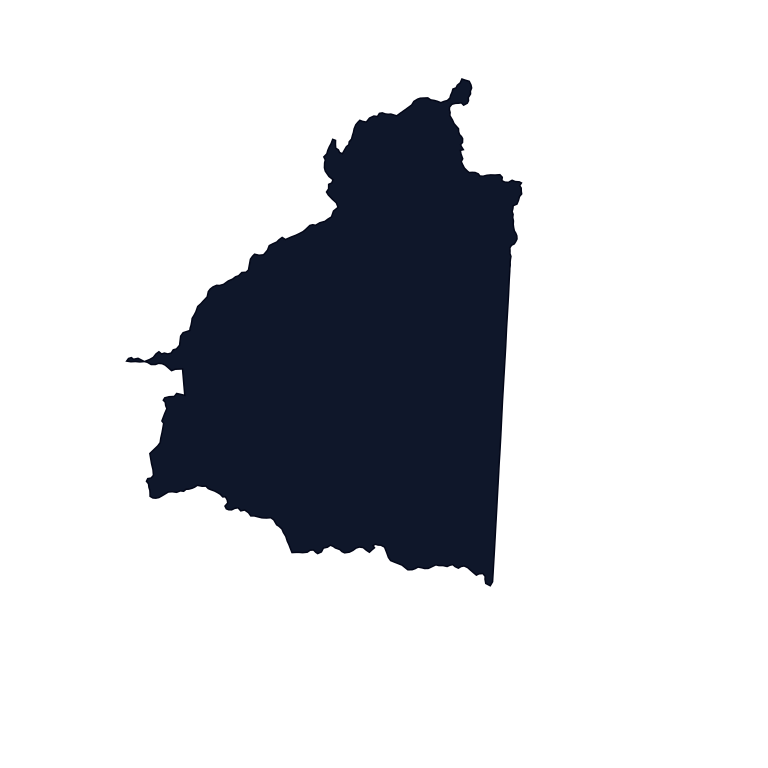 Aceguá, Rio Grande do Sul, Brazil, rotated 232°
{"feature_id": "56859067B24209347945179", "entity_name": "Aceguá", "entity_type": "district", "adm_level": 2, "iso_a3": "BRA", "parent_name": "Brazil", "parent_adm1": "Rio Grande do Sul", "projection": "orthographic", "projection_center": [-54.091, -31.693], "detail": "fine", "context": "isolated", "style": "filled", "palette": "ink", "viewbox_px": 768, "rotation_deg": 232, "n_neighbors": 0, "source": "geoboundaries", "source_scale": "gbopen_adm2", "svg_char_len": 5104}
<svg xmlns="http://www.w3.org/2000/svg" viewBox="0 0 768 768"><g transform="rotate(232 384 384)"><path d="M549.2,209.0L546.8,210.9L542.7,212.5L540.1,215.9L539.1,219.0L536.6,221.7L533.6,223.2L530.3,223.9L525.3,224.8L524.1,228.7L521.8,231.9L519.9,234.5L497.7,220.0L500.8,217.6L504.2,214.8L503.3,211.1L506.3,206.8L508.1,202.7L507.1,200.1L504.3,200.4L501.3,198.6L498.3,197.8L495.9,193.3L491.6,186.2L488.7,186.2L486.8,184.1L484.7,181.8L482.4,179.2L478.7,174.7L475.6,171.5L474.5,167.5L473.4,156.7L464.4,151.8L458.7,149.2L454.0,146.1L453.3,142.5L454.9,139.6L453.6,136.9L450.4,137.0L447.2,135.1L444.3,134.0L442.0,132.4L439.5,130.5L436.5,131.7L434.5,133.9L433.1,136.7L432.6,140.0L432.2,143.2L431.7,147.5L429.5,150.8L426.3,153.9L425.2,157.7L422.8,160.1L422.9,163.2L421.3,165.5L420.0,168.6L419.3,171.3L419.1,174.5L415.3,177.8L413.2,180.8L409.8,181.1L407.3,182.5L404.0,184.6L401.1,185.9L397.9,187.1L394.3,187.4L392.8,189.6L389.3,189.1L386.5,187.7L385.7,183.5L382.7,182.9L380.5,184.2L378.6,186.5L377.9,189.8L376.3,192.8L372.2,193.0L370.5,196.6L366.0,198.0L362.1,197.8L360.0,200.5L357.0,202.8L353.7,205.4L350.8,208.8L348.3,212.5L344.8,213.5L342.1,213.1L339.1,212.7L336.7,213.6L332.6,214.3L329.0,213.3L324.4,212.8L319.6,211.0L316.0,210.2L312.8,209.2L307.8,207.7L305.9,210.4L303.8,213.2L301.2,216.0L298.7,220.0L298.5,223.6L296.5,226.3L293.5,226.6L291.2,227.3L290.2,231.3L292.0,235.2L290.2,239.0L290.0,242.5L287.3,244.0L284.8,244.7L280.7,247.3L277.8,247.7L275.2,249.0L272.8,253.2L272.0,257.0L271.9,261.0L270.7,264.2L267.9,266.9L264.0,267.7L260.4,268.9L260.7,272.4L260.8,275.7L263.5,275.8L263.0,278.6L260.8,280.1L258.9,282.3L255.1,284.0L249.4,282.3L244.6,280.7L240.8,280.5L237.3,282.5L233.6,284.7L230.2,286.7L227.1,287.4L222.9,288.4L220.3,291.9L219.3,294.9L218.8,298.1L215.7,300.8L213.6,302.4L211.4,305.4L210.5,309.4L209.6,313.5L207.2,315.4L204.6,318.7L201.3,321.4L200.6,324.4L199.3,327.0L196.3,327.6L193.1,329.2L192.7,332.4L191.3,335.1L187.8,336.9L184.4,337.5L180.3,338.3L176.5,339.1L176.0,341.8L173.8,345.2L170.1,345.3L168.0,343.4L164.2,341.4L159.6,343.5L161.3,347.8L186.4,369.9L202.2,383.7L217.5,397.1L222.8,401.7L243.6,419.9L250.1,425.5L257.5,432.1L271.2,444.1L297.5,466.8L322.6,488.9L338.4,502.8L352.7,515.1L364.7,525.7L377.2,536.7L389.2,547.0L395.4,552.5L397.6,554.3L399.9,556.6L402.3,558.4L404.3,560.3L406.4,562.6L409.3,563.6L411.2,565.2L413.8,567.0L414.8,569.9L414.2,572.9L415.2,575.7L416.4,578.1L419.0,579.9L421.7,580.7L424.4,581.0L427.3,582.4L430.2,584.1L432.8,586.4L435.9,587.9L438.2,590.2L441.0,591.1L442.8,593.5L445.0,595.6L443.9,599.5L445.9,603.0L448.3,606.2L449.0,609.5L451.3,610.8L454.0,612.8L456.8,613.0L457.8,616.1L460.0,615.1L462.8,612.0L465.7,610.4L466.3,606.2L468.7,603.5L471.7,602.1L474.1,604.5L477.6,604.2L480.2,600.3L483.1,596.8L485.2,593.5L486.7,590.0L488.9,587.6L491.5,587.7L494.6,586.0L496.5,583.8L498.2,581.3L500.5,580.8L504.7,580.3L508.8,581.1L511.7,581.8L513.0,584.7L517.9,586.3L521.1,588.0L519.8,590.8L522.9,591.1L525.4,591.6L526.0,594.6L528.9,597.0L531.4,597.4L534.0,597.1L536.8,598.1L539.3,599.9L542.4,599.7L546.1,599.5L549.9,600.5L552.4,600.8L555.1,601.2L557.3,603.3L559.9,604.4L561.8,606.1L562.6,609.7L561.2,613.0L559.3,615.7L557.9,618.1L554.7,618.4L554.0,622.5L555.2,625.0L557.8,626.8L559.3,630.8L561.6,632.4L563.3,635.3L566.2,636.7L570.1,637.5L574.0,634.7L576.4,633.2L574.4,629.5L574.3,625.7L573.0,623.1L574.0,619.9L572.0,617.2L570.5,614.3L568.8,612.1L568.4,608.5L569.7,605.4L570.7,602.0L573.8,600.2L576.4,598.3L579.2,595.7L582.5,594.7L585.0,591.2L586.9,588.5L587.8,585.9L588.3,581.5L586.8,577.6L587.1,568.9L587.4,563.3L587.5,559.1L590.1,557.3L592.5,555.6L594.0,553.3L596.0,551.3L598.7,549.6L600.1,547.0L598.8,543.5L601.4,541.0L602.5,536.3L601.3,531.3L604.3,528.7L606.7,527.3L606.3,524.4L605.6,521.3L603.5,517.6L601.0,514.7L599.3,512.2L597.0,509.2L596.3,505.7L594.2,503.6L594.2,500.6L592.8,497.1L591.1,493.0L593.7,491.5L596.6,492.2L599.6,491.2L602.6,493.2L605.8,495.8L608.4,494.2L606.0,490.3L604.6,487.0L602.7,483.5L600.6,480.7L600.0,476.4L596.7,475.7L594.8,473.3L591.1,470.2L587.9,468.8L581.4,468.4L576.4,469.6L574.6,466.6L575.4,463.3L571.9,460.5L570.7,456.9L567.2,456.5L561.3,457.1L556.2,458.0L551.5,456.6L551.4,450.7L548.0,445.5L548.5,441.1L548.5,437.7L550.6,432.6L551.2,427.8L553.4,425.9L554.6,423.2L554.0,417.3L553.9,414.0L554.7,409.7L555.5,406.1L557.1,400.9L558.5,395.3L562.2,394.0L562.3,390.0L561.9,386.9L562.9,382.9L563.7,378.8L561.2,374.6L560.5,371.3L560.0,368.6L562.4,364.8L566.0,361.9L565.6,358.9L564.6,355.6L561.5,352.1L559.1,349.4L557.3,347.4L557.0,344.1L559.4,340.6L558.8,336.1L559.9,333.0L559.9,329.3L561.1,324.7L561.3,318.9L562.9,315.0L564.8,312.9L565.8,309.0L565.8,305.5L565.0,302.5L561.5,298.3L560.7,292.9L560.0,288.9L559.8,285.0L556.7,280.2L555.0,276.4L553.9,273.3L551.6,271.0L549.0,268.0L547.5,265.8L545.7,263.9L548.1,257.3L546.9,253.2L540.4,246.8L539.4,242.0L540.7,239.0L539.4,235.4L540.8,232.1L543.6,230.0L544.6,227.2L548.0,226.5L548.1,222.9L547.0,218.6L547.6,214.4L549.2,209.0ZM549.2,209.0L555.7,206.0L557.7,201.8L560.3,201.2L561.4,198.4L560.5,195.3L557.4,198.2L554.8,201.9L551.7,205.2L549.2,209.0Z" fill="#0f172a" stroke="#020617" stroke-width="1.5"/></g></svg>